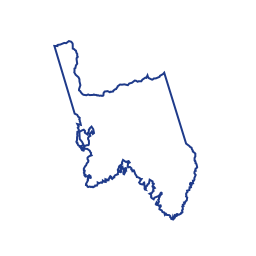 outline of Besiko, Ngöbe Buglé, Panama, rotated 343°
{"feature_id": "35544464B66777465067959", "entity_name": "Besiko", "entity_type": "district", "adm_level": 2, "iso_a3": "PAN", "parent_name": "Panama", "parent_adm1": "Ngöbe Buglé", "projection": "robinson", "projection_center": [-82.066, 8.549], "detail": "fine", "context": "isolated", "style": "outline", "palette": "blue", "viewbox_px": 256, "rotation_deg": 343, "n_neighbors": 0, "source": "geoboundaries", "source_scale": "gbopen_adm2", "svg_char_len": 5888}
<svg xmlns="http://www.w3.org/2000/svg" viewBox="0 0 256 256"><g transform="rotate(343 128 128)"><path d="M72.6,160.7L73.1,162.0L76.3,162.3L76.8,162.2L77.1,161.1L77.6,163.2L78.0,163.2L78.0,164.4L77.7,164.8L77.2,164.7L75.8,163.5L75.0,164.0L74.7,165.7L74.2,165.9L74.3,166.5L71.5,169.2L71.1,170.3L72.0,170.9L72.1,172.1L72.6,172.8L74.4,172.8L75.2,173.6L76.3,173.6L76.6,174.1L77.4,174.0L77.6,174.4L79.2,174.1L79.8,173.4L81.4,174.0L82.8,172.5L83.1,171.3L84.2,172.4L86.2,172.1L87.0,172.8L87.9,171.9L88.3,172.0L88.6,171.0L90.0,172.7L90.7,173.0L90.7,172.1L91.3,172.1L90.9,171.6L91.4,170.4L91.8,170.8L92.9,171.1L93.2,171.9L93.9,171.7L94.2,172.1L95.7,170.0L97.0,168.9L97.7,169.8L97.5,170.6L97.1,170.7L98.0,172.1L99.7,171.2L100.3,171.2L100.2,170.6L102.0,169.4L104.6,169.3L104.5,168.9L105.4,167.9L105.8,167.0L106.0,165.0L106.6,164.4L106.5,165.2L106.8,165.6L106.7,166.3L107.0,166.2L107.2,167.5L108.0,168.1L108.8,167.9L108.8,166.2L109.4,165.4L109.3,164.9L109.5,164.7L110.5,164.9L111.4,166.0L111.6,167.9L110.4,169.7L110.3,170.7L110.7,171.1L112.5,169.3L112.8,168.5L113.7,168.4L113.6,167.5L114.5,166.4L114.5,166.0L114.0,165.7L113.2,167.1L112.2,165.5L111.8,165.4L111.5,165.9L111.3,165.4L110.4,164.6L111.1,164.1L111.4,163.2L110.3,162.8L110.0,163.4L109.2,163.8L108.1,163.2L108.0,162.5L108.7,161.8L112.0,160.6L112.1,159.3L113.9,157.1L115.9,159.7L116.6,159.7L117.1,160.5L118.5,159.7L118.9,159.8L119.5,161.5L119.2,161.6L118.4,161.2L118.0,161.4L116.6,164.2L116.4,165.0L116.8,165.6L117.3,165.4L117.9,165.9L118.5,165.9L119.5,167.5L119.5,167.9L119.0,168.6L119.7,169.7L119.6,170.7L120.3,170.8L120.7,170.0L121.3,170.3L121.5,174.6L122.1,175.9L122.1,177.5L123.0,177.9L124.5,179.3L125.3,180.6L126.0,180.8L125.6,181.2L124.8,180.9L124.3,182.1L122.7,183.4L123.3,185.0L125.2,186.2L126.2,185.9L127.1,184.9L127.5,184.9L127.2,186.7L126.8,187.6L126.8,189.0L126.1,190.8L126.2,191.8L126.7,192.1L126.5,191.6L127.0,191.4L127.1,190.8L126.8,190.6L127.1,190.3L127.6,190.4L127.8,189.2L128.7,188.8L129.3,188.9L130.0,188.2L130.1,187.7L131.8,187.2L133.6,183.8L135.9,186.3L135.4,188.0L136.3,188.7L136.4,189.0L134.9,190.1L134.3,191.2L134.6,191.9L135.6,191.9L136.1,193.2L134.4,193.5L133.9,194.8L134.1,195.6L133.0,195.9L132.8,196.4L131.2,197.5L130.5,197.0L129.5,197.2L130.2,197.9L130.4,198.9L130.4,200.0L129.8,200.6L130.1,201.8L131.7,203.7L132.9,202.4L137.2,202.0L139.0,201.1L140.2,199.7L140.8,199.5L141.2,199.9L140.9,201.0L140.6,201.0L138.2,202.7L138.1,203.2L137.2,203.8L136.9,205.0L135.8,205.6L136.1,207.2L135.6,208.0L135.2,208.4L134.6,208.1L134.4,208.9L134.0,209.0L133.6,207.5L132.3,208.9L132.6,209.7L134.3,210.6L134.7,211.4L136.2,211.3L136.6,211.6L136.4,212.6L134.8,213.6L134.3,214.9L136.2,216.7L136.4,218.5L137.9,219.3L137.9,221.3L138.6,220.6L139.1,220.8L139.3,221.2L138.7,222.0L142.1,223.5L142.7,224.8L142.3,225.7L142.9,226.4L142.8,227.6L144.0,228.4L145.1,226.2L145.3,228.2L146.6,227.4L146.8,226.6L147.3,226.5L147.1,225.6L147.3,225.1L148.8,226.3L149.9,225.9L148.7,225.2L148.8,224.9L149.3,224.6L150.0,224.7L150.7,225.5L151.6,225.8L153.8,225.3L154.1,224.6L155.2,224.7L155.5,224.4L155.6,222.5L156.6,221.9L157.1,220.1L157.0,218.9L158.3,218.8L158.1,217.4L160.1,216.9L159.9,215.6L161.1,215.6L161.6,215.0L163.0,214.4L164.3,211.8L163.5,210.4L164.2,209.3L164.2,208.1L165.2,207.0L166.2,206.5L166.2,205.2L168.5,205.3L169.5,202.8L170.4,203.2L170.9,203.1L170.9,201.7L171.8,201.5L172.3,200.8L170.9,199.9L171.2,199.1L172.0,198.8L173.1,199.8L174.0,199.9L173.9,199.0L174.6,198.3L174.7,197.4L175.5,197.6L176.4,196.8L176.8,195.3L179.0,192.7L178.3,190.8L178.7,189.5L179.5,188.7L180.2,188.7L180.0,187.9L180.8,186.6L181.5,186.6L182.7,185.7L182.9,182.8L182.8,181.9L182.3,181.5L182.7,180.3L182.3,179.4L182.6,179.0L182.2,178.4L182.9,176.1L184.2,174.7L184.5,173.2L184.9,172.5L184.6,171.5L183.1,169.4L183.4,168.5L182.9,167.1L183.0,165.4L181.8,164.2L181.5,163.3L179.0,159.9L178.8,85.7L177.2,86.7L173.9,87.4L173.1,88.3L169.1,88.7L167.2,88.2L165.6,88.9L165.0,88.7L162.4,86.3L162.0,84.7L162.0,83.4L160.2,85.4L159.4,84.9L157.4,85.5L155.8,86.0L154.4,87.2L151.9,86.4L150.8,86.6L149.4,85.1L148.3,84.6L145.0,85.9L142.2,85.8L140.4,87.0L137.3,85.2L134.8,84.8L133.1,84.1L130.3,85.1L129.6,86.1L128.8,86.5L128.0,87.3L127.1,87.2L124.9,88.0L124.5,88.7L122.5,88.5L121.9,88.2L121.1,88.5L119.3,86.8L116.3,86.3L114.9,87.4L114.0,89.6L113.7,89.8L112.5,89.7L111.7,89.1L110.0,88.8L108.8,87.8L108.0,87.9L107.3,87.1L105.9,86.7L105.2,86.0L104.4,86.2L100.9,85.3L99.7,84.3L97.8,84.5L95.1,83.2L94.3,82.2L93.4,80.2L93.1,78.8L92.2,77.7L92.5,76.6L95.0,73.1L95.2,69.3L95.8,67.1L95.5,65.0L93.5,61.8L92.9,59.0L93.4,58.2L94.2,55.5L95.2,55.3L96.5,52.9L98.2,51.7L99.0,46.8L99.6,45.8L100.4,45.7L100.8,45.0L100.5,44.2L101.1,42.3L100.7,41.1L100.8,38.8L100.0,37.9L99.7,37.0L98.4,35.9L99.7,31.4L99.6,30.5L98.9,28.9L96.9,27.6L93.7,28.8L91.9,28.0L87.6,28.4L85.3,28.0L84.6,28.2L84.4,29.0L81.6,28.0L81.2,98.7L83.3,100.6L83.7,102.8L84.2,103.2L84.8,104.3L83.9,105.4L84.2,106.4L83.8,107.5L84.0,108.7L83.8,111.2L80.7,109.4L81.2,112.4L80.0,113.1L80.5,115.2L80.1,116.7L78.5,116.8L77.5,119.4L77.3,120.9L76.7,121.6L75.7,124.7L74.6,126.1L74.8,127.4L75.3,127.4L75.2,129.1L75.4,130.0L76.4,130.9L76.3,131.9L77.3,132.6L77.1,133.4L77.6,135.7L78.3,136.0L78.6,136.6L79.1,136.6L79.4,135.4L79.3,133.9L78.2,133.8L77.9,133.3L78.2,131.5L80.6,131.3L80.0,127.8L78.6,124.5L80.3,117.6L82.8,116.9L85.2,116.7L86.0,118.3L85.4,119.5L85.5,120.1L87.3,122.3L87.5,121.2L88.9,120.6L89.7,119.4L90.1,118.1L90.8,117.9L91.2,117.2L93.5,116.0L94.4,119.0L94.0,122.9L92.6,123.4L92.2,120.9L90.6,122.1L89.4,122.4L89.7,124.5L87.9,125.0L87.0,125.7L86.6,126.9L86.9,128.8L86.0,131.8L85.2,132.8L83.5,132.4L80.6,132.7L80.5,135.2L83.0,136.1L84.8,138.6L84.9,139.9L85.4,141.0L84.8,142.2L85.2,143.5L82.9,143.6L81.6,144.0L80.6,144.6L80.2,146.0L80.6,147.5L80.0,148.8L78.2,149.8L77.0,151.5L76.0,151.9L73.9,153.9L73.4,155.7L73.9,156.0L73.4,156.4L73.7,157.2L72.7,158.0L72.9,158.6L72.7,159.2L73.5,160.2L72.6,160.7Z" fill="none" stroke="#1e3a8a" stroke-width="2"/></g></svg>